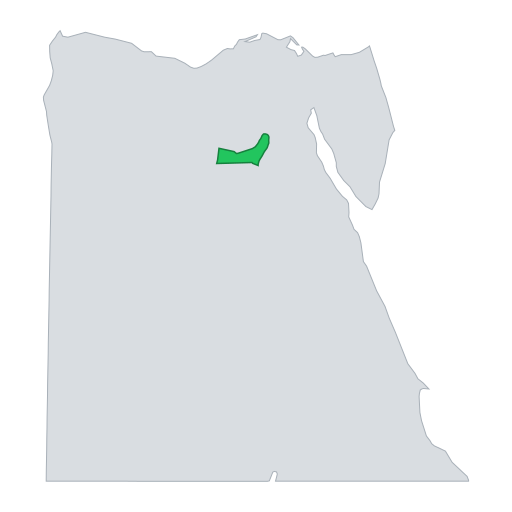 where Bani Suwayf sits in Egypt
{"feature_id": "EGY-1546", "entity_name": "Bani Suwayf", "entity_type": "Governorate", "adm_level": 1, "iso_a3": "EGY", "parent_name": "Egypt", "parent_adm1": "", "projection": "equal_earth", "projection_center": [30.952, 29.058], "detail": "fine", "context": "in_parent", "style": "filled", "palette": "green", "viewbox_px": 512, "rotation_deg": 0, "n_neighbors": 0, "source": "natural_earth", "source_scale": "10m", "svg_char_len": 3629}
<svg xmlns="http://www.w3.org/2000/svg" viewBox="0 0 512 512"><path d="M468.6,481.2L457.0,481.2L445.3,481.2L433.7,481.2L422.0,481.2L410.4,481.2L398.7,481.2L387.0,481.2L375.4,481.2L363.7,481.2L352.1,481.2L340.4,481.2L328.8,481.2L317.1,481.2L305.4,481.2L293.8,481.2L282.1,481.2L275.5,481.2L276.6,477.0L277.3,474.0L276.5,471.9L274.3,471.4L272.8,472.1L269.3,480.9L267.5,481.3L263.3,481.3L249.8,481.3L236.2,481.3L222.6,481.3L209.0,481.3L195.5,481.3L181.9,481.3L168.3,481.3L154.8,481.3L141.2,481.3L127.6,481.2L114.0,481.2L100.5,481.2L86.9,481.2L73.3,481.2L59.8,481.2L46.2,481.2L46.3,470.5L46.5,459.9L46.7,449.2L46.8,438.5L47.0,427.8L47.1,417.2L47.3,406.6L47.5,395.9L47.6,385.3L47.8,374.7L48.0,364.1L48.2,353.5L48.3,342.9L48.5,332.4L48.7,321.8L48.9,311.3L49.1,300.7L49.2,290.2L49.4,279.7L49.6,269.2L49.8,258.7L50.0,248.2L50.2,237.7L50.4,227.3L50.6,216.8L50.8,206.4L51.0,196.0L51.1,185.5L51.3,175.1L51.5,164.8L51.8,154.4L52.0,144.0L51.7,142.1L49.9,135.1L48.4,126.1L46.7,115.1L46.5,111.6L43.6,100.3L43.4,97.1L44.2,94.9L49.6,85.4L51.3,80.8L52.7,75.3L53.2,70.8L51.8,63.9L50.2,57.8L49.7,51.5L49.6,45.3L52.4,41.1L55.6,37.1L56.8,34.7L58.8,32.0L60.1,30.7L62.6,36.2L67.9,37.2L85.5,32.3L104.7,37.2L115.3,39.1L131.6,43.3L141.5,50.9L144.2,51.8L151.4,51.7L156.1,56.1L174.8,58.3L184.8,63.2L190.5,67.1L193.9,68.3L196.9,68.1L201.0,66.6L206.1,63.9L211.7,60.0L223.3,50.2L227.4,48.5L230.1,48.9L233.4,48.8L234.7,46.1L236.5,44.3L237.5,42.2L239.3,39.7L245.3,39.0L257.4,34.7L256.0,36.8L245.0,41.6L249.7,42.2L254.6,40.5L260.0,39.5L261.0,37.4L261.8,33.6L262.8,33.1L266.6,33.8L277.9,39.7L280.7,39.8L288.7,36.6L290.4,35.9L293.0,37.7L298.9,45.0L296.8,44.9L290.5,38.6L289.9,41.7L286.4,47.2L290.9,49.6L294.5,50.5L296.5,53.6L297.7,56.3L301.3,55.1L303.9,51.4L302.5,49.3L301.6,47.2L302.8,47.1L305.3,48.9L312.5,56.0L314.9,57.4L317.7,57.2L323.5,55.2L325.1,55.5L332.9,52.9L333.9,54.8L335.2,56.7L341.4,54.6L351.3,54.6L359.4,52.3L368.7,46.7L369.4,45.9L369.9,47.2L371.1,51.1L374.1,60.8L376.7,68.4L379.8,79.0L380.8,83.1L381.3,85.9L385.9,97.6L388.6,107.2L390.6,115.0L393.5,126.4L394.8,130.4L392.9,132.5L389.1,139.9L385.2,163.6L379.5,182.1L379.0,193.8L378.1,198.0L375.3,203.8L372.0,209.6L365.9,206.6L355.9,196.5L350.0,186.8L343.8,180.6L337.9,172.4L336.3,166.5L336.3,162.7L333.7,153.4L331.8,149.0L324.6,139.2L322.6,134.0L321.0,131.7L319.4,128.3L316.8,115.6L313.9,107.6L310.7,109.8L311.3,113.2L308.6,117.9L306.9,123.3L308.2,127.8L314.0,134.6L315.2,137.6L316.6,144.0L316.4,152.8L317.4,155.7L321.8,162.3L323.4,166.1L324.3,169.5L325.8,172.5L330.1,178.2L336.4,189.0L342.4,196.3L346.7,199.9L348.5,203.4L349.0,212.6L348.7,216.9L352.5,225.2L354.0,229.3L357.6,232.7L359.3,236.6L360.9,242.9L363.4,261.6L366.6,266.2L376.6,290.8L385.0,306.4L389.2,318.1L395.4,332.4L407.8,363.7L415.0,373.4L417.9,378.8L423.2,383.0L428.9,389.0L423.5,388.5L422.2,388.8L420.3,389.9L419.4,393.5L419.1,396.5L419.9,412.5L421.5,420.6L426.4,436.0L430.0,440.7L431.7,443.7L434.2,445.8L445.4,451.1L452.1,462.3L467.1,476.4L468.6,480.3L468.6,481.2Z" fill="#d9dde1" stroke="#a8b0b8" stroke-width="1"/><path d="M236.4,153.5L238.0,153.3L252.4,148.6L255.3,146.8L257.7,143.8L258.8,141.9L259.4,140.4L260.8,138.6L262.1,135.6L263.5,134.0L265.1,133.9L266.0,134.1L267.0,134.4L267.5,134.7L267.8,135.0L268.1,135.3L268.3,135.6L268.7,136.3L268.8,136.8L268.9,137.2L268.9,137.7L268.9,138.1L268.8,138.6L268.7,140.6L268.8,142.4L268.8,143.1L268.5,143.9L268.1,144.9L267.5,146.8L267.1,147.8L266.6,148.6L265.1,150.6L264.1,152.1L262.1,155.9L259.8,159.5L259.0,161.1L258.4,163.2L258.1,164.6L258.1,165.5L252.6,163.3L252.0,162.5L216.7,163.5L217.6,160.0L219.0,148.3L234.1,151.6L236.4,153.5Z" fill="#22c55e" stroke="#15803d" stroke-width="1.5"/></svg>